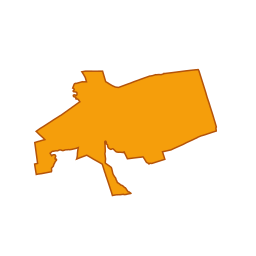 the district of Bulbucata, Giurgiu, Romania, rotated 209°
{"feature_id": "2599482B12854279400652", "entity_name": "Bulbucata", "entity_type": "district", "adm_level": 2, "iso_a3": "ROU", "parent_name": "Romania", "parent_adm1": "Giurgiu", "projection": "mercator", "projection_center": [25.811, 44.28], "detail": "fine", "context": "isolated", "style": "filled", "palette": "amber", "viewbox_px": 256, "rotation_deg": 209, "n_neighbors": 0, "source": "geoboundaries", "source_scale": "gbopen_adm2", "svg_char_len": 5492}
<svg xmlns="http://www.w3.org/2000/svg" viewBox="0 0 256 256"><g transform="rotate(209 128 128)"><path d="M80.6,118.5L86.3,123.9L79.8,129.7L78.1,132.1L71.9,140.3L69.6,143.8L65.8,148.9L64.4,150.9L63.7,151.9L63.3,152.3L62.1,154.3L61.5,155.0L60.4,156.4L59.1,157.7L58.0,158.8L56.5,160.4L54.8,162.3L54.1,163.0L52.6,164.7L49.6,167.9L49.4,168.0L49.6,168.6L50.3,169.5L51.2,170.8L51.2,171.0L51.2,171.7L51.3,171.8L52.4,172.9L54.6,175.1L56.8,177.2L58.8,179.2L61.5,181.8L62.9,183.1L66.4,186.4L69.3,189.2L71.4,191.1L73.6,193.1L74.8,194.3L77.4,196.9L93.5,212.2L93.8,212.4L94.8,213.1L95.1,213.1L95.6,212.6L96.9,211.8L100.9,209.0L105.8,205.5L108.1,203.8L117.5,196.9L121.4,194.1L121.6,193.9L122.8,193.2L122.7,193.1L124.9,190.7L125.3,190.5L126.2,190.1L127.1,189.6L127.6,189.3L128.0,189.0L129.0,188.3L129.6,188.1L130.0,187.7L131.8,185.8L132.5,185.2L133.9,184.1L134.4,183.8L135.0,183.0L137.8,179.9L145.3,171.3L147.9,168.1L149.1,166.8L155.9,158.9L158.8,157.7L162.2,157.4L166.4,157.5L166.6,157.6L169.9,157.7L170.1,157.8L170.3,158.0L177.8,165.4L182.4,162.8L192.9,157.0L195.6,154.8L192.5,153.1L189.8,151.4L186.7,148.3L190.0,146.4L190.3,146.4L190.9,145.8L195.1,141.7L195.4,141.7L195.8,141.4L196.2,140.7L196.3,140.1L195.7,136.1L195.2,136.2L194.4,136.1L193.9,135.8L193.6,135.5L193.6,135.1L193.8,134.6L194.0,134.1L193.9,133.7L193.7,133.5L193.4,133.4L193.1,133.4L192.5,133.7L190.9,134.2L190.4,134.3L190.0,134.2L189.7,133.9L189.2,133.2L188.9,132.5L188.8,131.9L189.2,131.4L189.6,131.3L190.4,131.3L191.0,131.0L191.5,130.6L191.7,130.1L191.5,129.8L191.1,129.3L190.5,129.1L189.9,129.2L189.2,129.5L188.7,129.6L188.3,129.3L188.1,129.0L187.9,128.4L187.7,128.2L187.3,128.2L187.0,128.4L186.5,128.8L186.0,128.9L185.4,128.7L184.4,128.4L182.8,127.6L183.0,127.3L192.9,106.4L193.2,106.1L194.8,103.1L196.6,99.9L200.6,92.3L203.0,87.8L204.5,85.2L206.6,80.8L206.7,80.5L205.7,80.3L202.2,79.3L199.0,78.6L196.9,78.1L195.1,77.5L195.2,77.4L195.4,77.2L196.2,76.5L198.0,74.7L199.1,73.5L199.6,73.1L201.0,71.7L201.5,71.1L202.3,70.3L202.5,70.1L189.9,53.2L192.2,51.2L190.3,48.7L187.2,44.8L186.0,43.3L185.7,42.9L184.8,43.7L184.6,43.9L184.1,44.3L183.6,44.6L182.5,45.5L182.1,45.7L181.1,46.5L173.8,52.6L173.9,53.0L174.0,53.4L174.1,53.7L174.2,53.9L174.7,54.5L175.0,55.1L175.2,55.4L175.4,55.7L175.4,56.1L175.3,56.4L175.3,56.5L175.1,57.1L175.0,57.6L174.9,58.1L174.8,58.5L174.9,58.9L175.0,59.2L175.1,59.6L175.2,60.1L175.2,60.3L175.2,60.5L175.3,60.8L175.2,61.1L175.2,61.5L175.3,62.7L175.3,63.2L175.3,63.6L175.2,64.0L175.1,64.4L175.0,64.9L175.0,65.2L175.0,65.4L175.1,65.6L175.4,65.9L175.7,66.0L175.8,66.0L176.3,65.6L176.5,65.5L176.9,65.9L177.2,66.3L177.3,66.7L177.3,67.3L177.4,67.7L177.4,68.0L177.5,68.2L177.6,68.4L177.8,68.6L178.5,69.0L179.0,69.1L179.7,68.8L180.3,68.4L180.6,68.2L180.8,67.8L181.1,67.0L181.3,66.7L183.9,68.1L183.9,68.4L183.9,68.6L183.7,68.8L183.4,69.6L183.3,69.9L183.2,70.1L183.2,70.4L183.1,70.5L182.9,70.8L182.4,71.3L181.9,71.5L181.3,72.1L180.6,72.6L180.1,73.2L179.6,73.4L179.2,73.5L178.8,73.7L178.2,74.3L177.7,75.1L177.2,75.6L177.0,75.8L176.3,76.1L175.7,76.3L175.2,76.3L174.4,76.5L173.9,76.7L173.7,76.9L173.2,77.4L172.3,78.4L171.8,78.8L171.1,79.2L170.3,79.7L169.7,80.2L169.3,80.4L168.7,80.6L168.3,80.9L167.6,81.4L166.6,82.2L165.2,83.5L164.4,84.2L163.3,85.2L163.3,85.3L162.0,86.8L161.8,86.2L160.9,83.6L160.2,81.9L159.8,81.0L159.4,80.3L159.2,79.8L158.8,79.0L158.6,78.5L158.5,78.0L158.3,77.4L158.1,77.1L158.0,76.7L157.9,75.9L157.3,76.6L157.1,76.9L155.7,78.6L150.9,84.2L145.3,84.1L143.5,84.0L142.8,84.0L140.1,84.0L138.1,84.0L136.0,84.0L133.0,83.9L131.0,82.0L129.0,80.1L128.1,79.3L127.6,78.7L125.8,77.2L124.9,76.3L124.0,75.4L122.8,74.4L116.6,68.7L113.7,66.0L110.8,63.3L108.9,61.4L107.6,62.5L105.7,64.0L102.3,66.0L99.9,67.8L99.2,67.8L98.7,68.1L98.1,68.5L97.6,68.8L97.3,69.1L97.1,69.3L96.7,69.7L94.7,71.4L93.9,72.0L93.8,72.3L94.4,72.4L95.8,72.6L96.1,72.6L96.8,72.3L97.0,72.3L98.6,73.1L98.8,73.1L100.2,73.9L100.8,74.2L101.1,74.3L101.3,74.4L101.5,74.4L101.8,74.3L102.1,74.3L102.5,74.4L104.6,74.9L105.3,74.9L106.1,74.8L106.4,74.7L106.7,74.7L106.9,74.7L107.1,74.7L107.8,74.9L108.3,75.0L109.3,75.1L110.1,75.2L110.7,75.1L110.9,75.2L111.0,75.3L111.4,75.6L111.6,75.8L112.5,76.5L113.0,76.8L113.6,77.2L114.3,78.1L114.7,78.3L115.3,78.5L117.8,79.8L118.6,80.4L119.4,81.0L119.7,81.4L121.2,83.1L122.5,84.5L122.9,84.9L123.4,85.3L124.0,85.5L125.6,85.7L126.2,85.8L127.4,85.9L128.3,86.0L129.1,86.1L130.3,86.2L130.6,86.3L130.8,86.4L131.0,86.5L131.5,87.6L131.8,88.1L131.9,88.4L132.2,89.2L132.5,89.8L132.7,90.2L134.2,92.2L135.1,93.5L135.7,94.1L136.0,95.1L136.3,95.9L136.6,96.7L136.7,96.9L137.5,98.2L139.1,100.8L140.1,102.4L141.0,103.7L141.6,104.6L141.6,105.2L141.5,105.5L140.9,105.6L140.4,105.3L140.1,105.1L139.9,104.8L139.8,104.6L139.8,104.4L139.8,104.2L139.7,103.7L139.0,103.5L138.2,103.6L137.8,103.4L137.5,103.0L137.0,102.3L136.6,101.9L136.1,101.5L135.1,101.0L134.8,101.0L134.2,100.9L133.1,100.9L132.6,101.0L132.3,101.3L131.8,102.0L131.4,102.4L130.9,102.5L130.5,102.4L129.9,102.3L129.2,102.1L128.6,101.9L128.0,101.7L127.2,101.5L126.4,101.5L125.2,101.9L124.7,102.1L124.4,102.3L124.1,102.5L123.8,102.7L123.5,102.8L123.1,103.0L122.8,103.2L122.6,103.3L121.8,103.6L121.2,103.9L120.3,104.2L120.4,104.5L119.8,105.2L113.6,100.8L111.5,102.3L108.8,104.3L104.5,107.4L102.9,108.5L102.2,109.0L101.2,109.8L100.9,110.0L100.7,109.9L100.4,109.8L100.0,109.6L99.2,109.2L98.1,108.6L97.3,108.1L96.6,107.7L95.9,107.3L95.6,107.1L95.3,107.0L94.8,106.9L94.4,106.9L93.7,107.0L92.9,106.9L92.2,106.7L91.7,107.8L90.0,108.5L80.6,118.5Z" fill="#f59e0b" stroke="#b45309" stroke-width="1.5"/></g></svg>